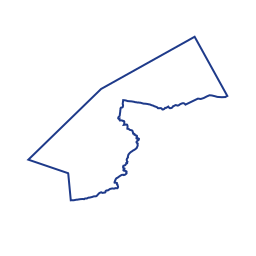 Nkimi, Centro Sur, Equatorial Guinea, rotated 61°
{"feature_id": "11065452B74289865102960", "entity_name": "Nkimi", "entity_type": "district", "adm_level": 2, "iso_a3": "GNQ", "parent_name": "Equatorial Guinea", "parent_adm1": "Centro Sur", "projection": "equal_earth", "projection_center": [10.486, 1.923], "detail": "fine", "context": "isolated", "style": "outline", "palette": "blue", "viewbox_px": 256, "rotation_deg": 61, "n_neighbors": 0, "source": "geoboundaries", "source_scale": "gbopen_adm2", "svg_char_len": 4796}
<svg xmlns="http://www.w3.org/2000/svg" viewBox="0 0 256 256"><g transform="rotate(61 128 128)"><path d="M146.2,127.0L145.5,127.3L145.2,127.5L144.7,127.5L144.4,127.4L144.1,127.0L143.9,126.5L143.7,125.4L143.7,124.8L143.3,124.1L142.8,123.7L142.6,123.8L142.2,123.9L142.0,124.4L141.8,125.1L141.7,125.4L141.3,125.6L141.1,125.6L140.9,125.3L140.7,125.0L140.5,124.7L140.3,124.7L140.0,124.8L139.7,124.2L139.2,124.0L138.9,124.1L137.2,125.5L137.0,125.3L136.6,125.2L136.4,125.2L136.1,125.4L136.0,125.6L135.9,125.7L135.8,126.0L135.6,126.2L135.3,126.2L135.0,126.0L134.9,126.0L134.5,125.8L134.4,125.8L133.8,125.8L133.3,125.6L133.2,125.6L132.5,125.5L132.2,125.6L131.8,125.9L131.7,126.0L130.6,127.2L130.3,127.5L129.7,127.6L129.0,128.0L128.9,128.1L128.6,128.6L128.4,128.9L128.1,128.8L127.8,128.6L127.6,128.4L127.2,128.2L126.6,127.7L125.9,127.4L124.9,127.2L124.7,127.2L124.4,127.4L124.3,127.7L124.2,127.8L123.8,128.7L123.4,129.7L123.2,130.2L122.7,129.5L122.5,129.3L122.1,128.9L121.3,128.6L120.8,128.2L120.6,128.2L120.1,128.2L119.9,128.2L119.8,128.3L119.7,128.4L119.6,128.5L119.4,128.9L119.2,129.2L118.9,129.3L118.7,129.4L118.6,129.5L117.9,130.4L117.9,130.5L117.5,131.2L117.5,131.3L117.1,131.3L116.7,131.5L116.4,131.5L116.2,131.5L116.1,131.4L116.1,131.5L115.3,131.7L114.9,131.9L114.7,131.8L114.3,131.5L114.0,131.2L113.8,130.8L113.8,130.2L113.7,130.0L113.6,129.9L113.2,129.3L113.1,129.2L112.0,128.4L111.4,128.0L110.0,126.9L109.0,126.3L108.2,125.6L107.4,125.2L107.0,124.7L106.9,124.5L106.8,124.3L107.2,123.3L107.2,123.2L107.2,122.9L107.2,122.7L106.9,122.2L106.4,121.8L106.0,121.5L105.9,121.4L105.5,121.2L105.2,121.1L104.8,121.1L104.5,121.0L104.4,121.0L101.3,118.7L102.4,117.1L103.4,116.0L104.1,115.5L104.2,115.4L106.5,111.9L107.3,110.9L108.2,109.8L108.7,109.4L108.8,109.3L108.9,109.2L109.3,108.5L110.3,107.4L110.4,107.2L110.8,106.4L111.2,106.0L111.3,105.9L111.7,105.1L112.2,104.6L113.3,103.5L114.0,102.8L114.5,102.2L115.0,101.3L116.0,99.9L116.9,98.8L117.5,98.2L117.9,97.5L118.5,97.1L119.0,96.7L119.5,96.3L120.1,95.7L120.5,95.3L120.9,94.9L121.7,94.5L121.8,94.4L122.4,93.8L122.7,93.5L123.1,93.2L123.7,92.8L124.1,92.4L124.5,92.3L124.9,92.3L125.0,92.2L125.3,92.1L125.7,91.3L125.9,90.9L126.0,90.8L126.2,90.2L126.4,89.9L126.8,89.4L127.2,89.2L127.6,89.1L128.4,88.9L128.5,88.9L128.6,88.7L128.8,88.5L128.8,88.4L128.8,88.2L128.9,87.3L128.9,87.2L128.7,86.4L128.6,86.2L128.4,85.7L128.6,85.4L128.9,84.8L128.9,84.7L128.9,84.4L128.9,84.2L128.8,83.6L128.8,82.7L128.8,82.4L129.0,82.4L129.6,82.3L129.9,82.2L130.0,82.2L130.9,81.8L131.0,81.7L131.2,81.3L131.5,80.4L131.5,80.2L131.5,79.6L131.5,79.4L131.4,79.2L131.0,78.2L130.9,78.1L130.8,77.9L131.0,77.3L131.0,77.2L131.0,76.2L131.0,75.5L131.1,75.1L132.0,74.2L132.5,73.7L132.6,73.4L132.7,72.6L132.7,72.3L132.6,71.8L132.5,71.1L132.5,70.5L132.6,69.3L132.8,68.3L133.1,67.6L133.7,67.0L134.5,66.6L135.4,66.4L136.2,52.6L137.9,50.3L138.5,47.2L138.6,43.6L138.9,40.8L140.2,38.9L142.3,36.6L144.1,34.8L146.5,31.1L147.8,28.5L148.1,28.0L148.1,25.6L80.5,25.5L80.8,132.6L107.4,230.5L138.5,202.3L139.2,202.5L163.5,213.1L163.9,212.2L164.2,211.7L164.6,211.1L164.9,210.4L165.2,209.5L165.5,208.5L165.8,207.6L166.2,206.9L166.4,206.2L167.2,204.0L168.3,201.7L168.7,201.3L169.0,200.8L168.8,200.2L169.1,199.2L169.7,198.2L169.7,197.0L169.8,196.1L170.3,195.2L170.6,194.0L170.9,193.0L171.1,191.7L171.3,190.8L171.9,189.8L172.3,188.6L171.1,185.0L171.0,184.4L171.2,182.7L171.3,182.5L172.0,182.1L172.3,181.9L172.5,181.5L172.6,181.2L173.2,179.6L173.3,179.2L173.2,178.9L172.9,178.7L172.3,178.1L172.2,177.6L172.2,177.3L172.4,176.5L172.8,176.0L172.8,175.6L172.7,174.4L172.6,173.2L172.9,172.3L173.2,171.1L173.9,170.2L174.5,169.0L174.4,168.5L174.5,168.1L174.9,167.5L175.3,166.9L175.5,166.6L175.4,166.0L174.8,165.3L174.4,165.1L174.0,165.0L173.5,165.0L173.0,165.0L172.7,164.8L172.3,164.6L172.1,164.6L171.7,164.9L171.3,164.7L170.9,164.5L170.7,164.4L170.3,164.8L169.5,165.7L169.3,166.2L168.9,166.1L168.3,165.4L167.8,164.8L167.5,164.4L166.9,163.7L166.3,162.4L166.4,161.6L166.4,161.0L166.2,159.8L166.0,157.5L166.0,157.1L166.0,156.7L166.0,156.2L166.6,154.8L167.0,154.7L167.2,154.2L167.4,153.4L167.1,151.5L166.7,151.0L166.1,151.1L165.7,150.9L165.3,150.4L164.5,150.8L163.9,151.5L163.7,151.9L163.4,152.2L163.0,152.5L162.6,152.5L162.4,152.2L162.3,151.7L162.2,151.2L162.0,150.8L161.7,150.7L161.2,151.1L160.8,151.2L160.4,151.5L160.1,151.3L159.4,151.0L158.8,150.3L159.0,149.8L159.1,148.3L159.0,148.1L158.8,147.8L158.4,146.9L158.4,145.9L158.2,145.8L157.6,146.0L157.5,145.5L157.3,144.9L156.8,145.0L156.3,144.9L155.2,144.6L154.3,143.7L154.1,143.2L153.7,142.3L152.8,141.9L152.0,141.0L151.5,140.6L151.0,139.4L150.7,138.5L150.4,137.3L150.3,135.7L150.1,134.2L150.2,133.6L150.1,132.4L150.1,131.6L149.7,130.5L149.7,130.0L149.2,129.5L148.5,128.5L147.7,127.8L146.7,127.5L146.5,127.3L146.2,127.0Z" fill="none" stroke="#1e3a8a" stroke-width="2"/></g></svg>